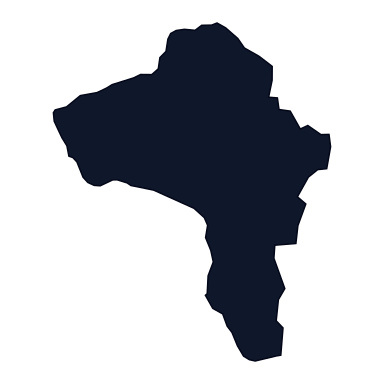 the district of Besharik, Ferghana, Uzbekistan
{"feature_id": "79887680B21144428059049", "entity_name": "Besharik", "entity_type": "district", "adm_level": 2, "iso_a3": "UZB", "parent_name": "Uzbekistan", "parent_adm1": "Ferghana", "projection": "equal_earth", "projection_center": [70.564, 40.365], "detail": "fine", "context": "isolated", "style": "filled", "palette": "ink", "viewbox_px": 384, "rotation_deg": 0, "n_neighbors": 0, "source": "geoboundaries", "source_scale": "gbopen_adm2", "svg_char_len": 1123}
<svg xmlns="http://www.w3.org/2000/svg" viewBox="0 0 384 384"><path d="M326.7,168.7L328.0,161.4L330.6,146.8L329.0,134.4L320.9,134.6L307.8,125.5L300.3,129.0L290.2,111.1L279.0,109.5L277.4,97.9L268.6,97.2L272.1,80.3L272.2,66.4L259.2,56.4L244.4,48.0L237.8,38.5L225.6,27.8L217.0,23.0L211.7,25.1L201.7,25.3L195.1,30.3L184.4,29.3L176.2,30.5L170.7,33.5L167.9,39.1L166.0,51.4L159.9,57.6L158.3,68.8L151.8,74.6L140.6,74.5L133.6,77.9L112.2,84.6L106.3,88.2L97.0,92.6L80.3,95.6L66.5,106.9L55.2,109.9L53.4,112.7L54.2,121.2L58.1,129.6L62.0,137.8L66.9,145.8L68.9,156.2L72.8,157.5L76.9,161.9L83.1,177.3L87.9,182.5L94.2,185.4L100.2,185.8L112.7,179.9L117.1,179.8L127.1,182.9L130.9,185.5L153.6,190.1L194.0,208.3L204.3,217.6L207.6,225.3L205.6,237.6L210.8,250.4L213.3,262.0L208.1,275.8L207.2,293.7L205.4,295.3L212.8,308.4L222.7,313.9L227.2,326.2L232.0,332.5L237.5,345.9L243.6,356.2L249.4,359.7L255.2,361.0L276.0,356.0L280.8,355.2L283.0,327.9L276.2,320.8L278.4,299.6L284.8,288.6L273.9,258.3L274.8,245.2L295.9,243.5L297.9,225.6L305.8,204.0L297.4,196.8L308.4,177.1L317.7,169.6L326.7,168.7Z" fill="#0f172a" stroke="#020617" stroke-width="1.5"/></svg>